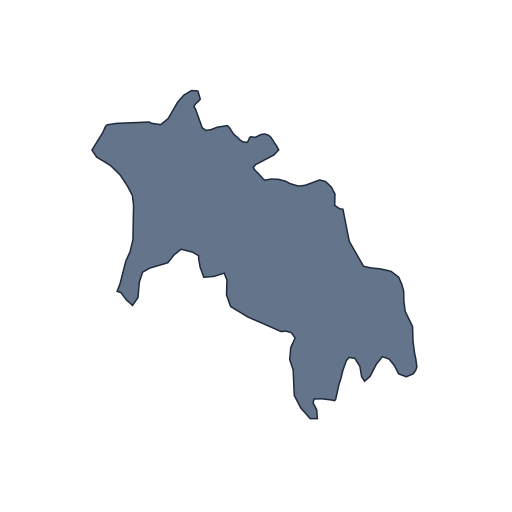 an SVG outline of Sanguié, rotated 121°
{"feature_id": "BFA-2819", "entity_name": "Sanguié", "entity_type": "Province", "adm_level": 1, "iso_a3": "BFA", "parent_name": "Burkina Faso", "parent_adm1": "", "projection": "albers", "projection_center": [-2.62, 12.212], "detail": "fine", "context": "isolated", "style": "filled", "palette": "slate", "viewbox_px": 512, "rotation_deg": 121, "n_neighbors": 0, "source": "natural_earth", "source_scale": "10m", "svg_char_len": 1907}
<svg xmlns="http://www.w3.org/2000/svg" viewBox="0 0 512 512"><g transform="rotate(121 256 256)"><path d="M158.2,322.4L156.8,322.2L156.2,321.3L154.7,317.8L149.3,314.3L147.0,311.5L146.0,307.7L146.7,304.0L149.7,298.2L150.3,296.4L153.3,291.2L160.1,292.6L177.8,303.4L181.5,304.0L183.1,300.9L183.8,297.4L186.3,289.5L186.4,287.5L182.2,282.6L178.7,276.2L176.6,269.0L176.4,264.1L174.2,255.5L170.0,250.2L158.0,240.6L156.3,234.7L158.1,227.0L162.1,220.3L172.1,214.6L172.4,208.3L171.1,205.6L195.4,183.6L209.4,158.6L207.0,151.3L203.0,142.8L199.6,132.5L200.7,122.7L205.2,116.4L210.2,111.2L218.8,105.8L226.6,99.6L235.8,85.5L248.2,77.5L257.4,70.2L261.8,66.1L268.2,61.0L271.9,60.2L276.0,60.5L282.1,64.9L283.6,73.1L278.9,80.5L275.8,88.7L277.2,95.8L286.7,97.1L300.4,96.2L307.5,98.4L305.1,103.3L297.2,110.0L292.8,118.6L295.0,123.9L299.2,124.7L309.4,122.6L317.4,120.1L322.8,118.9L337.8,113.9L339.5,114.1L341.0,118.3L344.6,126.2L348.7,132.6L352.5,131.4L356.5,124.8L363.8,119.6L367.5,125.7L363.2,139.4L355.7,151.5L334.6,165.4L327.4,173.8L316.5,179.1L306.2,180.2L303.5,186.2L305.1,192.0L307.8,195.4L312.5,231.6L312.4,251.7L304.5,261.3L291.7,268.4L287.1,274.4L295.3,281.7L301.1,289.8L294.3,298.2L287.9,303.7L285.3,305.4L285.4,312.4L288.8,323.7L297.2,326.8L307.2,328.1L321.2,340.9L328.4,344.9L338.7,342.5L352.2,335.8L362.0,336.3L360.3,344.8L356.9,353.1L357.9,356.8L349.7,358.3L327.3,365.0L317.0,366.2L305.4,369.9L275.7,387.0L267.8,393.1L262.0,402.7L256.5,414.2L253.4,427.3L253.3,443.5L249.7,451.2L229.0,450.9L222.1,451.8L220.1,451.0L214.3,444.1L196.0,416.3L196.3,414.5L192.5,405.4L183.5,402.1L164.4,402.4L155.2,400.7L147.4,396.5L144.5,390.8L150.2,384.6L152.7,384.9L156.4,386.1L159.8,386.3L161.3,383.4L173.8,368.1L174.1,363.5L170.9,359.7L165.5,355.5L159.0,347.7L159.7,344.6L162.7,338.8L163.3,336.6L163.9,332.7L164.8,329.5L165.0,326.3L163.3,322.2L162.2,321.9L158.2,322.4Z" fill="#64748b" stroke="#1e293b" stroke-width="1.5"/></g></svg>